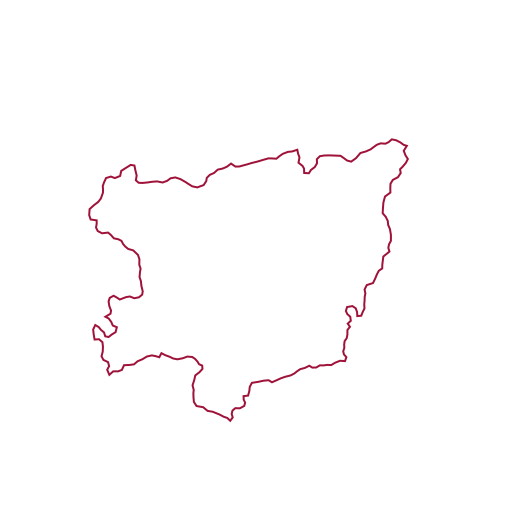 Ponte Nova, Minas Gerais, Brazil (Robinson projection), rotated 244°
{"feature_id": "56859067B79204064506839", "entity_name": "Ponte Nova", "entity_type": "district", "adm_level": 2, "iso_a3": "BRA", "parent_name": "Brazil", "parent_adm1": "Minas Gerais", "projection": "robinson", "projection_center": [-42.918, -20.421], "detail": "fine", "context": "isolated", "style": "outline", "palette": "rose", "viewbox_px": 512, "rotation_deg": 244, "n_neighbors": 0, "source": "geoboundaries", "source_scale": "gbopen_adm2", "svg_char_len": 3661}
<svg xmlns="http://www.w3.org/2000/svg" viewBox="0 0 512 512"><g transform="rotate(244 256 256)"><path d="M122.5,289.9L125.5,292.9L129.0,291.9L132.1,292.6L134.7,295.1L137.7,296.4L140.6,298.3L142.3,301.4L145.3,303.7L149.4,305.7L151.2,309.4L155.0,308.8L156.2,312.8L160.1,314.1L163.8,312.6L167.2,312.7L170.2,315.5L168.7,320.7L165.3,322.7L161.4,322.3L157.6,320.7L156.2,324.4L159.0,327.5L161.3,330.5L165.1,332.1L168.6,334.2L171.5,335.7L174.4,337.9L178.3,338.9L181.3,342.8L180.4,349.3L183.5,353.3L186.3,356.4L188.9,359.9L189.5,364.0L192.6,365.6L195.9,367.7L199.7,370.2L201.5,377.9L205.3,378.5L208.2,380.7L210.5,383.9L215.8,386.5L221.5,388.2L226.0,388.4L229.7,389.8L234.3,389.8L238.9,388.6L243.4,391.1L248.3,394.0L252.9,398.0L254.1,404.6L258.0,406.4L261.9,408.5L264.4,412.3L264.6,418.1L267.1,422.4L270.8,423.5L272.0,427.0L274.0,431.5L276.6,435.0L281.0,434.5L285.8,434.9L288.9,439.9L291.2,437.4L294.7,435.6L298.6,432.7L301.3,429.2L300.2,425.1L300.2,421.6L302.6,417.4L303.0,413.4L302.4,409.8L301.6,405.7L301.8,400.6L302.8,395.0L300.1,388.8L299.1,382.9L301.9,379.7L305.6,377.8L309.0,375.9L311.1,372.0L314.1,366.4L316.3,361.7L317.7,357.2L316.3,353.1L312.6,351.5L310.2,347.9L309.2,343.0L307.2,339.8L309.5,335.7L313.5,337.5L316.6,337.3L321.2,335.1L325.6,338.3L329.5,338.7L333.4,339.7L334.1,334.4L335.6,330.3L336.1,324.8L335.4,320.5L334.5,317.0L336.6,313.3L338.3,310.0L339.1,305.5L340.3,298.3L341.5,292.8L342.2,288.4L343.0,284.3L343.7,280.4L345.4,276.7L350.0,274.1L349.0,269.0L349.2,264.4L350.4,259.5L349.0,254.6L349.2,250.1L347.8,246.0L345.1,244.1L342.7,240.0L343.4,233.3L346.6,229.2L350.3,226.9L353.5,225.0L358.2,221.8L362.0,217.9L363.3,213.3L362.5,209.1L363.0,204.3L366.4,199.8L368.2,195.3L369.6,190.9L371.5,185.8L373.3,182.6L376.7,181.2L380.6,184.0L386.5,185.3L390.6,186.4L392.8,183.3L392.2,177.6L391.6,172.2L387.5,169.0L387.9,163.3L391.0,160.4L391.8,155.4L388.7,151.6L386.0,148.9L382.9,147.7L380.0,146.2L375.7,141.8L373.8,138.0L372.7,132.6L371.1,127.0L365.9,124.0L361.3,123.4L357.9,128.4L354.9,127.0L351.7,124.7L347.8,124.7L343.9,127.6L341.9,133.3L338.5,134.8L334.2,136.0L331.3,139.7L328.6,141.7L325.1,141.8L321.9,142.6L318.4,144.2L314.9,148.1L308.7,150.4L304.2,149.8L299.4,147.3L295.2,146.7L292.3,144.6L288.1,142.1L283.7,141.5L279.4,139.9L273.9,138.7L271.2,136.8L270.2,132.7L271.4,128.1L274.9,124.9L276.0,121.2L276.6,114.5L279.8,112.6L282.7,110.6L282.5,106.2L279.8,103.6L275.2,102.2L270.5,101.8L267.9,99.9L267.4,94.0L264.4,96.2L260.2,97.0L256.3,96.8L253.0,99.7L249.1,96.4L248.7,92.1L247.8,88.0L249.9,85.3L253.9,85.9L257.5,84.3L261.0,83.5L264.4,81.3L261.3,77.4L257.1,75.9L251.7,74.3L250.0,78.4L245.9,80.2L241.6,78.7L237.2,76.3L233.6,73.2L229.5,73.3L225.5,76.5L221.4,75.7L219.0,72.4L213.5,72.1L214.9,77.1L212.8,81.4L212.4,85.5L215.7,89.5L213.5,94.6L212.1,98.9L213.3,103.4L213.0,108.7L213.5,113.9L212.3,118.9L209.9,122.0L207.4,124.7L210.1,128.4L206.6,131.0L203.3,134.2L200.2,136.6L197.6,140.1L196.2,145.3L195.7,150.2L193.2,154.4L190.3,156.1L186.9,157.1L183.7,157.4L181.1,159.6L178.0,158.4L176.3,154.1L175.3,149.1L171.8,146.3L167.6,142.3L162.9,141.3L160.2,139.6L156.7,138.0L152.1,136.2L147.2,136.8L143.3,142.2L138.0,144.6L135.0,148.8L132.1,151.4L129.3,153.9L125.7,156.5L123.0,159.2L119.2,160.6L121.1,164.3L124.7,164.9L127.4,167.1L128.3,170.7L126.2,174.7L126.4,179.7L128.9,181.9L132.4,182.0L135.5,183.4L134.0,187.7L137.7,190.9L141.1,193.0L143.8,196.7L141.9,202.9L140.6,208.2L138.8,212.9L135.5,215.0L135.3,220.1L135.2,224.5L134.7,229.0L133.5,234.7L133.6,239.0L134.4,242.5L134.9,246.2L134.0,250.7L134.0,255.8L131.0,257.7L129.4,261.2L129.7,265.6L128.1,268.6L126.9,272.3L125.0,275.8L125.4,280.2L125.0,285.6L122.5,289.9Z" fill="none" stroke="#9f1239" stroke-width="2"/></g></svg>